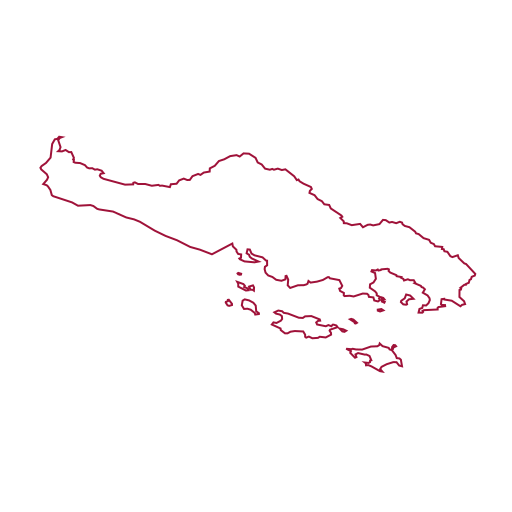 Mueang Ranong, Ranong, Thailand (Equal Earth projection), rotated 273°
{"feature_id": "78962969B42401089458559", "entity_name": "Mueang Ranong", "entity_type": "district", "adm_level": 2, "iso_a3": "THA", "parent_name": "Thailand", "parent_adm1": "Ranong", "projection": "equal_earth", "projection_center": [98.553, 9.9], "detail": "fine", "context": "isolated", "style": "outline", "palette": "rose", "viewbox_px": 512, "rotation_deg": 273, "n_neighbors": 0, "source": "geoboundaries", "source_scale": "gbopen_adm2", "svg_char_len": 6116}
<svg xmlns="http://www.w3.org/2000/svg" viewBox="0 0 512 512"><g transform="rotate(273 256 256)"><path d="M297.0,400.1L297.7,397.8L296.1,394.3L297.1,390.1L296.4,387.4L298.6,383.7L298.7,380.9L294.3,377.6L292.7,371.4L293.4,368.4L293.0,365.9L290.3,361.3L293.5,358.3L291.8,350.0L293.4,345.0L293.4,342.0L295.2,341.8L298.4,338.2L299.7,340.1L300.9,339.2L307.4,328.2L310.8,326.4L311.2,321.5L314.2,318.9L316.1,314.5L319.8,311.3L321.8,306.1L323.9,306.4L325.9,308.2L327.8,307.2L330.7,299.7L332.9,295.6L334.6,294.4L333.9,292.8L337.6,290.0L344.1,280.8L343.2,277.3L344.4,273.2L343.1,269.4L343.8,267.7L342.9,265.3L343.7,260.5L347.7,256.9L349.5,252.8L354.0,250.4L357.8,243.7L357.8,238.2L354.5,234.5L355.7,231.3L354.4,225.0L350.9,219.2L348.9,214.0L343.9,210.1L341.1,205.3L337.9,205.3L336.6,199.5L334.1,196.3L334.9,193.9L332.4,188.4L328.5,185.9L328.3,183.3L329.5,179.8L327.5,175.3L324.0,172.9L323.2,167.2L320.3,166.4L321.4,158.6L321.1,156.3L321.9,154.9L320.7,148.3L322.1,141.6L321.7,134.5L323.2,131.2L322.7,129.7L321.1,129.6L320.4,121.5L325.1,99.7L326.5,96.9L328.0,95.8L330.0,96.6L330.7,99.5L333.1,97.4L334.3,93.0L333.8,90.6L335.1,87.9L334.8,84.9L335.5,82.7L337.8,80.4L339.6,75.5L339.7,70.6L340.3,69.0L342.7,69.1L342.9,68.4L344.5,69.0L350.1,66.1L349.9,63.8L351.9,60.3L350.3,56.8L350.3,53.0L351.7,54.3L354.5,55.1L361.3,52.4L363.6,53.9L364.5,55.9L364.8,53.2L362.6,51.5L362.0,49.0L357.2,46.6L343.5,45.7L337.9,41.4L334.6,37.2L332.8,36.1L331.2,37.0L326.7,42.8L323.8,44.3L321.2,43.3L316.7,39.8L315.7,43.3L314.6,44.6L311.2,47.2L306.1,48.9L305.1,50.4L299.9,69.5L296.9,75.6L298.2,87.9L297.4,91.0L294.8,94.9L294.3,97.0L292.9,110.9L287.7,124.4L286.2,132.3L284.1,138.3L276.0,153.6L271.3,164.7L267.6,176.3L261.6,189.8L259.4,199.6L255.4,211.9L267.2,231.7L264.4,232.4L261.2,236.1L259.5,236.3L257.1,238.1L256.8,241.1L253.5,241.1L252.6,239.5L251.9,240.1L250.0,244.8L249.6,254.8L250.6,258.8L253.3,252.0L254.9,249.8L256.9,249.0L258.2,246.5L262.2,247.2L262.1,249.5L258.2,251.4L256.6,254.5L255.0,262.6L252.0,266.2L251.9,267.3L247.3,267.6L245.7,265.5L243.3,265.3L239.9,266.4L237.2,269.2L235.9,273.5L233.3,277.4L232.6,282.7L234.2,286.6L237.5,286.6L237.8,287.5L234.1,289.4L228.4,289.2L225.9,291.8L229.0,299.5L229.3,305.0L230.2,307.7L231.0,308.9L233.8,309.7L232.3,311.9L233.6,318.3L235.6,324.1L238.6,328.7L238.7,329.9L237.6,330.9L236.3,340.5L230.7,343.7L228.5,342.6L227.8,340.9L225.5,341.8L223.7,345.7L221.3,345.7L220.6,346.5L221.2,351.6L220.7,355.6L224.1,364.6L224.1,368.9L223.0,370.3L221.1,370.9L220.8,375.4L217.8,376.4L217.0,380.2L218.5,382.1L220.0,381.1L221.4,382.3L223.1,378.6L225.0,378.5L226.9,376.8L230.3,371.3L233.7,371.4L235.7,374.7L239.5,376.9L245.2,375.8L246.6,372.1L248.0,372.6L247.8,376.4L248.9,378.3L247.9,379.0L248.5,381.4L249.2,381.8L250.1,388.1L249.6,389.4L248.0,389.2L246.5,390.9L244.2,397.2L243.2,397.5L242.6,402.3L241.9,402.0L240.8,404.4L239.3,405.1L240.7,408.9L239.9,411.0L240.1,414.8L237.7,416.4L237.2,415.7L234.8,422.2L233.6,423.0L233.3,424.4L231.6,426.4L228.1,424.5L225.6,429.4L222.9,431.5L221.1,431.9L217.9,430.7L215.5,428.5L215.5,425.3L212.8,424.7L211.7,422.0L208.0,421.3L208.1,425.1L208.9,425.8L209.9,425.2L210.7,426.5L212.1,440.2L213.8,440.1L214.6,441.0L215.8,447.5L216.9,447.3L216.8,444.2L217.6,443.2L222.6,443.6L223.1,446.2L222.4,446.3L221.6,453.8L216.5,462.8L218.0,464.3L218.9,467.3L221.7,466.2L225.7,461.3L232.7,461.0L233.2,462.4L234.4,462.6L234.9,461.8L238.2,465.6L238.3,467.1L239.1,467.2L240.4,469.9L243.3,470.5L244.1,471.9L246.5,472.5L247.9,475.5L249.6,475.9L259.0,466.2L259.5,464.4L264.6,458.5L267.3,457.5L265.2,452.2L266.0,450.1L270.2,446.9L270.6,443.9L272.6,443.1L272.7,441.3L274.8,441.5L275.1,434.3L277.2,433.0L278.4,429.8L281.2,428.0L282.6,422.4L286.4,417.3L287.0,414.6L288.6,413.7L292.8,407.7L293.8,403.0L295.4,400.7L297.0,400.1ZM192.7,284.2L190.2,280.0L190.6,276.9L188.4,275.4L184.9,284.3L183.3,284.6L180.3,289.0L180.4,291.5L182.2,294.4L183.1,298.7L183.1,307.1L180.0,309.2L177.9,309.3L177.1,310.4L178.3,313.0L176.8,316.6L177.5,322.2L178.7,323.9L178.3,329.9L181.4,335.1L183.2,334.9L185.3,333.4L186.3,333.8L189.2,341.2L190.8,339.9L191.5,337.1L191.4,336.1L189.8,335.0L190.8,331.9L189.5,329.4L190.8,320.6L192.8,319.6L194.5,321.4L194.8,323.4L196.0,323.0L198.9,314.4L198.3,308.2L196.6,306.0L196.6,302.0L200.2,290.9L200.7,286.7L202.2,285.0L202.7,281.1L200.7,277.3L199.5,279.0L198.8,282.8L197.3,285.0L194.5,285.4L192.7,284.2ZM167.9,356.0L168.1,350.9L165.9,355.8L164.2,355.2L159.6,360.2L160.3,361.6L162.9,360.5L164.4,363.0L163.2,369.9L163.4,371.3L162.1,374.6L157.9,376.6L157.5,375.4L156.0,375.4L155.1,374.0L155.3,370.3L154.6,371.3L152.6,371.6L152.9,373.9L151.8,377.1L147.5,385.8L147.2,388.2L149.6,385.9L151.9,387.2L154.8,392.2L157.2,398.6L157.3,401.9L154.1,404.7L153.5,407.6L160.0,406.1L161.2,404.6L161.4,401.9L164.4,400.6L169.1,396.6L169.7,394.3L171.2,393.3L172.6,387.1L175.1,384.1L173.5,383.8L172.2,381.9L171.6,375.5L168.1,366.9L167.9,360.8L168.4,357.4L167.9,356.0ZM210.7,245.0L206.0,244.4L202.5,246.8L202.9,250.2L202.1,253.5L199.0,257.8L197.5,258.3L198.2,261.9L199.0,261.9L200.8,259.1L206.5,258.3L209.2,255.8L211.3,251.4L212.1,247.0L210.7,245.0ZM218.9,403.4L217.6,403.1L215.4,405.6L215.2,408.5L215.7,409.4L218.4,408.7L220.8,411.1L221.5,415.5L224.6,412.0L225.4,408.0L221.5,406.7L218.9,403.4ZM227.3,244.9L229.2,238.6L227.4,239.7L224.5,239.9L221.0,247.7L221.4,250.2L223.2,249.4L224.4,245.8L225.7,246.4L227.3,244.9ZM209.4,230.2L208.6,228.3L207.9,228.2L205.2,230.2L204.8,231.8L205.8,234.6L207.0,234.5L210.9,231.1L210.7,230.2L209.4,230.2ZM226.5,254.5L225.1,250.7L222.0,252.3L222.1,254.4L221.3,255.7L224.5,255.7L226.5,254.5ZM186.1,350.0L187.4,346.9L187.9,343.3L185.2,346.2L184.9,348.3L186.1,350.0ZM197.7,353.2L195.0,357.9L194.0,358.2L193.8,359.1L194.6,360.3L197.6,356.6L198.2,354.4L197.7,353.2ZM208.8,380.4L207.8,380.5L207.1,382.8L208.4,386.0L209.6,384.0L208.8,380.4ZM172.2,396.7L170.5,396.7L170.5,397.7L171.7,397.8L173.2,400.6L174.2,399.7L174.3,398.1L172.2,396.7ZM237.5,242.1L238.2,239.2L237.6,238.5L236.8,239.1L236.4,240.7L236.7,242.0L237.5,242.1ZM218.6,384.2L217.1,384.1L216.1,386.6L217.1,387.0L218.6,384.2ZM221.2,383.8L220.0,383.9L219.8,386.2L220.8,385.3L221.2,383.8Z" fill="none" stroke="#9f1239" stroke-width="2"/></g></svg>